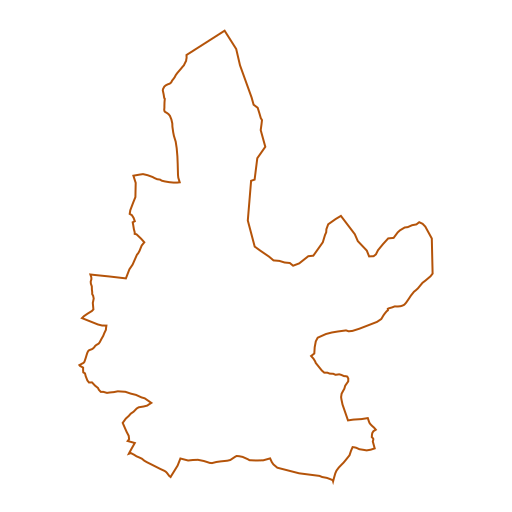 Orlu, Imo, Nigeria
{"feature_id": "59680162B21498960785654", "entity_name": "Orlu", "entity_type": "district", "adm_level": 2, "iso_a3": "NGA", "parent_name": "Nigeria", "parent_adm1": "Imo", "projection": "albers", "projection_center": [7.037, 5.818], "detail": "fine", "context": "isolated", "style": "outline", "palette": "amber", "viewbox_px": 512, "rotation_deg": 0, "n_neighbors": 0, "source": "geoboundaries", "source_scale": "gbopen_adm2", "svg_char_len": 4685}
<svg xmlns="http://www.w3.org/2000/svg" viewBox="0 0 512 512"><path d="M432.6,273.6L431.8,238.5L425.3,226.6L422.6,223.8L419.2,222.2L416.4,224.4L412.1,225.2L407.8,227.1L404.7,227.5L400.0,230.3L397.7,232.4L393.6,237.9L388.2,238.4L383.0,244.1L378.0,250.2L375.9,254.4L373.6,256.2L369.1,256.4L366.8,250.6L357.8,241.1L354.8,234.2L340.9,215.9L335.7,219.0L328.2,224.3L326.4,229.2L326.2,232.3L325.0,235.0L322.8,242.3L313.3,255.7L308.3,256.2L299.2,263.4L293.1,265.7L289.8,263.0L284.6,262.5L279.4,260.9L273.5,260.4L269.0,256.6L260.5,250.8L254.7,246.6L247.8,220.5L251.1,180.8L254.6,179.6L257.3,158.2L265.3,146.8L260.7,130.1L261.5,124.3L262.0,120.1L260.8,118.1L259.5,113.6L257.7,107.8L253.6,104.7L251.6,97.5L240.0,65.3L236.2,49.0L224.6,30.7L186.5,55.0L186.6,57.9L186.3,59.2L186.1,60.9L185.5,62.0L184.4,64.2L183.9,65.3L182.6,66.7L181.0,68.7L178.5,71.6L177.3,73.0L175.7,75.2L174.7,77.2L173.4,79.0L172.1,80.6L171.5,81.9L170.7,82.9L169.6,83.7L168.4,84.1L167.6,84.4L165.7,85.4L164.3,86.6L163.0,89.1L162.8,90.4L163.4,93.2L163.7,94.7L164.2,97.9L164.8,98.8L164.5,102.4L164.4,105.8L164.4,107.6L164.2,109.8L164.5,111.2L165.3,112.1L166.4,112.6L168.5,114.1L169.9,115.8L171.4,119.5L172.3,123.5L172.4,126.6L173.2,132.3L173.9,135.8L175.7,141.7L176.7,148.3L177.4,156.5L177.7,164.0L178.0,175.0L178.3,177.7L179.7,182.3L177.1,182.6L173.7,182.6L169.4,182.2L164.7,181.4L161.8,180.7L160.0,179.6L157.1,179.2L154.4,178.0L152.6,177.0L147.6,175.2L143.0,174.1L139.0,174.7L133.4,175.7L135.7,182.9L135.4,197.1L133.5,201.8L131.7,206.5L130.3,210.2L129.7,213.9L131.9,215.2L133.6,217.9L134.8,221.2L132.7,222.3L133.2,225.0L133.9,229.3L134.7,232.3L134.7,233.9L136.5,234.3L138.5,236.2L141.2,238.8L144.3,242.3L141.7,245.5L139.5,250.9L138.1,253.4L137.0,254.6L132.6,264.6L129.4,269.3L125.9,278.4L109.6,276.5L93.9,274.9L91.4,274.6L90.4,274.5L91.3,277.2L91.4,279.1L90.7,281.7L90.9,283.8L91.8,286.3L91.9,289.6L92.2,292.1L92.2,294.1L93.1,295.7L93.7,298.5L93.2,301.1L92.8,302.9L93.4,309.4L91.9,311.0L87.5,313.7L83.9,316.2L82.0,318.1L87.2,320.2L98.0,324.5L102.0,325.5L105.8,325.6L106.4,325.6L106.0,328.2L105.9,329.8L104.3,333.1L103.2,335.9L101.4,339.0L99.8,342.1L98.7,343.6L97.5,344.3L96.3,345.0L95.1,346.0L94.3,347.2L93.3,348.2L92.3,349.0L91.3,349.4L89.1,350.2L88.1,351.2L87.4,352.6L86.7,354.7L85.8,357.7L84.8,360.7L84.3,362.0L83.7,362.7L83.2,363.1L82.5,363.4L79.4,365.1L80.0,365.9L83.1,367.6L83.1,370.3L83.3,372.4L85.0,373.4L85.7,376.2L87.4,380.5L89.0,382.5L92.0,382.4L95.0,385.6L98.0,388.0L98.8,389.7L100.8,391.9L103.5,391.9L107.0,392.9L109.6,392.5L113.9,392.1L117.8,391.3L125.4,391.8L130.7,393.6L136.0,394.9L141.5,397.4L144.7,398.3L151.3,402.9L148.8,404.5L147.2,405.6L143.6,406.5L138.7,407.3L136.7,408.5L133.6,411.7L130.7,413.7L128.8,415.9L125.8,418.6L122.7,422.9L125.4,429.1L126.7,432.0L128.7,435.8L129.1,439.2L127.7,441.0L134.8,443.0L131.6,448.6L129.2,453.0L128.8,453.8L130.9,453.1L134.0,454.7L136.5,456.3L139.1,457.4L141.9,458.7L144.3,460.7L146.9,462.2L151.9,464.7L160.2,468.9L164.1,470.7L165.5,471.5L166.5,472.4L167.5,473.6L167.9,474.2L168.2,474.5L169.0,475.7L170.6,477.0L171.1,476.1L173.9,471.6L177.6,465.6L180.4,458.5L188.1,460.5L192.9,460.0L197.9,459.8L203.8,461.0L206.7,461.9L209.7,462.9L212.0,463.1L216.3,462.0L220.6,461.4L227.4,460.7L230.3,460.0L235.1,456.8L236.6,456.0L239.1,456.2L242.6,456.9L247.8,459.2L249.5,460.2L256.2,460.5L263.3,460.3L270.1,458.4L271.8,462.1L273.4,464.4L277.3,467.7L299.1,473.3L319.5,475.9L322.1,477.0L326.9,477.9L329.9,479.0L332.8,480.2L333.1,481.3L333.8,478.6L334.5,476.1L335.3,473.3L336.5,470.6L338.8,467.5L341.5,464.7L343.5,462.7L345.5,460.3L349.5,455.3L351.0,450.8L352.6,447.1L354.7,447.4L356.3,447.8L359.3,449.2L363.8,449.9L366.6,450.4L370.7,449.7L374.7,448.4L372.8,441.5L373.3,439.6L373.2,438.6L372.3,437.6L371.8,437.1L371.9,435.8L372.0,434.5L372.3,433.0L373.4,431.2L375.8,429.7L375.0,428.7L373.9,427.5L372.3,426.1L370.6,424.4L369.6,423.1L369.0,421.7L367.8,418.1L361.4,419.1L353.3,419.6L348.0,420.4L344.3,409.7L342.5,404.5L341.4,399.2L341.1,397.1L341.6,393.7L343.1,390.9L344.3,388.8L345.2,385.7L348.2,381.4L348.3,378.6L347.3,376.6L345.9,376.2L344.0,376.1L341.3,374.9L339.2,374.3L337.1,374.6L335.5,374.8L333.3,373.8L329.7,373.6L327.4,372.7L324.3,372.7L321.8,370.5L315.7,362.9L315.2,361.5L313.5,358.7L311.1,356.0L312.8,354.7L314.3,353.5L314.7,347.2L315.8,341.3L317.7,337.7L326.0,334.0L331.8,332.5L337.8,331.5L346.0,330.4L348.7,331.3L352.5,330.9L359.4,328.7L377.0,321.9L381.3,319.0L383.5,315.3L384.8,313.5L386.6,311.3L387.9,310.3L387.8,308.8L388.9,308.3L392.1,307.4L394.7,306.4L397.6,306.5L400.6,306.2L402.5,305.6L404.3,304.7L406.1,302.7L409.0,298.5L410.9,295.6L414.0,291.7L415.8,290.3L417.9,288.4L422.5,282.8L425.4,280.6L430.5,276.3L432.6,273.6Z" fill="none" stroke="#b45309" stroke-width="2"/></svg>